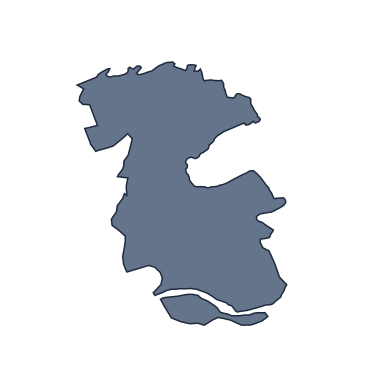 Markz Dir Mawas, Al Minya, Egypt (Albers equal-area conic projection), rotated 68°
{"feature_id": "37247803B40134172984025", "entity_name": "Markz Dir Mawas", "entity_type": "district", "adm_level": 2, "iso_a3": "EGY", "parent_name": "Egypt", "parent_adm1": "Al Minya", "projection": "albers", "projection_center": [30.79, 27.655], "detail": "fine", "context": "isolated", "style": "filled", "palette": "slate", "viewbox_px": 384, "rotation_deg": 68, "n_neighbors": 0, "source": "geoboundaries", "source_scale": "gbopen_adm2", "svg_char_len": 5354}
<svg xmlns="http://www.w3.org/2000/svg" viewBox="0 0 384 384"><g transform="rotate(68 192 192)"><path d="M274.0,265.1L274.0,263.6L274.2,257.4L273.9,251.8L274.3,248.6L274.5,247.5L276.0,243.6L277.2,239.2L278.5,236.3L279.1,234.8L279.9,232.4L280.6,230.5L280.9,229.4L281.0,229.3L281.1,229.1L282.6,226.6L283.9,224.0L284.0,223.9L285.1,222.9L287.9,219.7L291.0,216.3L292.4,215.2L296.1,212.4L300.9,209.4L303.5,206.3L305.5,204.0L308.0,201.4L310.1,200.6L312.0,198.2L313.4,197.5L315.8,196.8L319.1,196.0L320.3,194.8L320.8,191.6L322.4,185.6L323.2,179.0L323.5,176.7L324.1,170.6L324.4,166.3L324.5,165.4L325.8,161.9L326.0,159.0L324.6,155.5L323.5,151.9L322.7,149.3L320.3,146.9L318.2,144.0L314.9,140.9L313.8,139.4L313.4,138.9L307.2,141.4L303.7,142.8L302.4,142.7L301.1,142.7L300.3,142.6L299.8,142.6L297.3,142.5L294.0,142.3L291.5,142.2L290.7,142.2L290.1,142.1L278.6,142.5L278.0,142.6L275.3,142.7L275.0,143.0L270.2,147.3L266.3,147.5L263.7,147.6L262.0,146.6L261.3,146.3L262.5,141.7L263.1,138.4L263.1,137.1L261.5,135.6L261.1,135.2L260.4,134.6L259.0,132.1L257.8,130.8L255.4,132.4L252.8,134.3L250.9,135.6L246.5,138.4L245.9,138.8L244.5,140.8L243.0,141.8L242.5,142.2L240.8,142.0L240.1,141.8L239.6,141.8L238.7,140.9L238.0,137.7L238.0,136.4L239.1,131.2L240.3,126.0L240.2,122.8L239.5,116.3L238.7,111.8L237.4,109.9L236.1,108.6L233.5,108.6L231.8,109.3L231.7,109.3L231.0,111.3L230.4,113.3L229.8,114.6L229.2,117.2L229.2,117.8L228.6,118.5L227.3,118.5L225.4,118.6L222.8,118.6L219.6,119.4L216.4,119.4L213.6,120.6L213.2,120.8L210.0,121.5L204.2,123.0L201.0,124.3L199.1,125.0L198.5,125.4L196.6,126.4L195.3,127.1L194.7,128.4L194.1,131.0L194.8,134.2L194.9,137.4L195.0,140.7L195.4,144.8L195.8,149.1L196.6,154.9L196.7,158.6L196.7,161.4L196.1,163.4L196.1,164.0L196.2,166.6L195.6,168.6L194.4,172.5L194.4,174.4L193.8,176.4L191.9,178.4L191.3,179.7L190.1,182.3L189.2,184.9L188.9,185.6L187.6,187.6L185.7,188.2L183.8,188.9L181.7,189.5L181.3,189.7L179.3,189.7L177.4,189.1L175.9,189.1L174.2,189.2L172.9,189.9L171.0,189.9L168.4,189.3L167.7,187.4L165.1,186.1L163.2,186.8L161.9,186.9L160.6,185.6L159.3,183.7L159.2,181.1L159.6,179.7L159.8,179.1L161.1,177.8L162.3,176.5L162.3,173.9L161.7,172.4L161.6,172.0L160.3,170.7L159.6,169.4L159.5,166.8L158.8,163.6L158.1,161.0L156.8,159.7L154.9,158.5L154.2,155.9L152.8,152.7L150.8,150.8L149.5,147.6L148.7,143.7L148.0,140.5L147.7,127.4L147.6,123.0L147.6,119.8L147.5,117.8L150.1,117.1L150.7,114.5L150.6,112.6L149.9,110.0L149.3,108.7L151.2,108.0L151.8,107.3L151.8,106.5L151.8,105.4L151.7,103.4L150.4,101.5L148.5,101.6L147.8,102.2L146.6,102.9L145.8,102.7L144.6,102.3L142.1,103.0L138.9,103.7L136.3,103.8L132.4,104.5L129.2,103.3L127.9,102.7L126.0,103.4L125.4,104.1L124.1,106.0L121.6,108.7L119.1,110.7L117.8,113.3L118.5,115.3L119.8,116.5L120.5,118.5L119.9,119.1L119.2,120.4L117.4,123.7L113.6,123.8L110.3,123.2L109.8,123.2L106.5,123.3L103.2,122.1L99.4,122.8L99.4,123.5L98.8,125.5L97.6,128.1L97.0,129.4L95.1,132.7L93.3,139.2L91.3,139.2L90.1,139.3L88.2,138.7L84.3,138.1L81.1,138.2L81.8,140.1L82.4,140.8L80.6,144.7L79.3,143.4L78.0,142.8L76.6,140.9L76.0,140.9L75.3,142.1L74.1,144.2L72.9,147.5L73.0,148.8L74.9,150.0L76.2,151.3L76.9,152.6L74.4,155.2L70.6,159.8L68.1,161.8L67.5,160.9L66.8,159.9L65.2,160.8L64.2,161.3L63.3,164.5L63.0,165.2L62.4,167.8L62.5,171.1L62.6,175.6L63.3,178.8L64.0,181.4L64.7,184.0L64.2,188.5L64.2,191.1L63.7,196.3L62.5,198.3L61.2,199.0L60.7,198.1L59.9,196.4L58.5,193.9L57.9,192.6L56.6,192.6L56.0,193.2L55.3,193.9L54.7,195.9L56.1,200.4L55.5,201.1L54.8,201.7L52.9,203.1L53.6,205.0L55.6,205.6L56.9,206.9L57.6,209.4L57.6,210.7L57.1,215.3L56.5,217.9L55.3,220.5L55.1,221.7L54.7,225.1L54.1,225.7L52.2,227.7L50.8,227.3L50.3,227.1L49.6,225.2L47.6,222.7L46.9,222.0L46.3,223.9L46.3,224.0L46.4,225.9L47.1,231.7L47.9,235.0L49.8,237.5L49.8,257.9L49.8,258.4L55.8,253.8L57.9,256.2L61.4,260.1L62.4,260.8L64.5,262.1L65.4,262.5L70.1,260.2L70.1,259.7L72.8,254.2L85.3,254.5L94.8,254.7L93.9,262.0L93.5,264.5L92.9,267.7L108.8,267.9L109.5,268.2L113.0,267.3L118.3,266.0L118.2,264.6L119.4,253.8L119.7,249.5L119.8,249.1L119.8,247.7L117.3,239.5L116.2,236.0L113.9,229.8L114.3,229.6L120.3,227.4L133.3,236.9L134.1,237.6L134.4,238.1L137.8,243.5L140.2,244.6L142.0,245.3L144.6,247.7L145.8,249.2L146.4,250.2L148.0,253.1L148.3,253.6L149.8,255.4L154.9,246.2L161.8,250.7L162.8,251.1L170.8,253.8L168.2,255.3L172.1,258.8L172.4,259.2L176.6,266.3L182.2,269.7L187.0,276.9L193.0,278.6L200.0,274.3L200.5,274.0L207.9,270.4L212.7,272.3L219.1,276.1L219.5,276.4L226.0,280.5L233.5,282.5L238.8,282.5L240.3,282.5L241.8,282.3L242.8,271.7L243.4,264.9L243.8,260.1L243.9,259.6L247.5,255.0L247.8,254.7L254.6,251.6L260.6,251.7L264.6,254.4L266.1,255.4L268.0,259.3L268.6,260.6L269.8,263.2L270.9,265.7L271.1,265.7L272.6,265.4L272.9,265.3L274.0,265.1L274.0,265.1ZM300.6,258.3L301.1,258.3L301.7,257.6L308.1,250.9L313.4,243.2L315.9,235.6L320.1,230.6L318.3,220.4L318.1,214.7L321.0,210.3L325.2,204.3L334.0,196.0L337.2,187.7L337.7,182.2L337.7,174.8L335.8,168.3L331.3,169.5L331.2,169.5L330.9,170.5L330.0,172.9L328.4,176.5L327.5,180.6L327.5,184.9L325.7,189.6L324.8,193.3L323.7,196.6L321.6,201.5L318.4,204.8L316.7,207.4L314.2,210.8L308.8,212.1L305.6,213.8L302.4,216.0L298.8,218.5L296.7,220.6L294.0,223.3L290.1,225.2L288.0,228.5L287.0,230.0L285.4,234.1L284.3,238.6L283.3,244.1L282.4,247.3L281.3,251.0L280.0,255.4L279.3,258.6L279.7,261.4L288.1,260.4L298.5,258.7L300.6,258.3Z" fill="#64748b" stroke="#1e293b" stroke-width="1.5"/></g></svg>